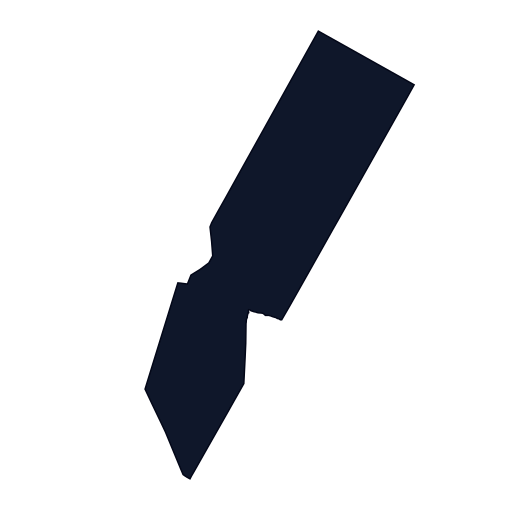 outline of Dongola, Northern, Sudan, rotated 119°
{"feature_id": "16777658B3318260280309", "entity_name": "Dongola", "entity_type": "district", "adm_level": 2, "iso_a3": "SDN", "parent_name": "Sudan", "parent_adm1": "Northern", "projection": "robinson", "projection_center": [30.297, 19.219], "detail": "fine", "context": "isolated", "style": "filled", "palette": "ink", "viewbox_px": 512, "rotation_deg": 119, "n_neighbors": 0, "source": "geoboundaries", "source_scale": "gbopen_adm2", "svg_char_len": 1264}
<svg xmlns="http://www.w3.org/2000/svg" viewBox="0 0 512 512"><g transform="rotate(119 256 256)"><path d="M482.9,205.7L479.7,205.8L474.5,205.7L451.6,205.5L403.3,205.0L399.1,205.0L373.5,204.8L351.5,215.6L337.4,222.6L319.9,232.0L318.6,232.5L316.3,233.6L314.5,233.8L313.8,233.9L313.4,234.2L312.4,234.6L311.6,234.8L311.0,235.0L310.4,235.1L309.9,235.5L309.6,235.3L309.3,234.9L308.9,235.0L308.0,235.8L307.2,236.4L306.5,236.4L306.1,235.4L306.3,233.8L305.9,231.8L305.7,230.6L305.2,229.3L305.0,228.0L304.9,227.4L304.4,226.0L303.3,223.7L302.8,222.2L302.9,221.0L303.4,219.0L301.9,216.4L301.3,214.4L301.0,212.1L300.6,210.3L300.2,208.7L300.3,207.1L299.8,205.3L299.9,204.5L300.0,203.8L299.3,202.6L282.5,202.3L244.4,202.0L193.3,201.7L185.0,201.6L42.0,200.7L36.2,200.7L30.5,200.7L30.2,200.7L29.6,200.7L29.6,201.3L29.1,310.5L29.5,310.5L30.2,310.5L33.3,310.5L92.7,310.6L147.6,310.7L191.2,310.8L219.6,310.8L234.5,310.9L248.4,310.9L252.9,310.3L264.9,301.8L276.9,293.9L285.0,293.9L295.1,298.5L304.2,303.6L313.7,302.4L314.3,303.7L314.9,305.2L315.1,305.8L315.3,306.2L316.1,308.3L317.4,311.3L426.2,288.5L435.5,275.6L448.2,257.7L453.8,249.9L478.9,218.4L482.5,213.8L482.8,211.1L482.8,210.3L482.9,209.7L482.9,205.8L482.9,205.7Z" fill="#0f172a" stroke="#020617" stroke-width="1.5"/></g></svg>